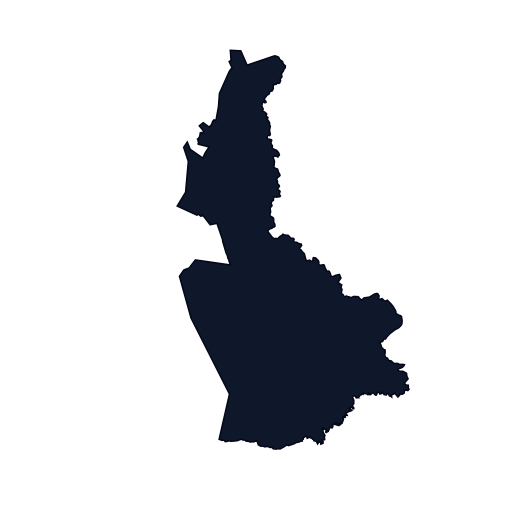 the district of Masinga, Eastern, Kenya, rotated 66°
{"feature_id": "3690345B51887825082332", "entity_name": "Masinga", "entity_type": "district", "adm_level": 2, "iso_a3": "KEN", "parent_name": "Kenya", "parent_adm1": "Eastern", "projection": "albers", "projection_center": [37.619, -0.95], "detail": "fine", "context": "isolated", "style": "filled", "palette": "ink", "viewbox_px": 512, "rotation_deg": 66, "n_neighbors": 0, "source": "geoboundaries", "source_scale": "gbopen_adm2", "svg_char_len": 6150}
<svg xmlns="http://www.w3.org/2000/svg" viewBox="0 0 512 512"><g transform="rotate(66 256 256)"><path d="M83.6,154.4L81.1,156.8L80.6,158.1L78.0,186.5L62.4,186.4L57.6,195.8L67.0,199.2L67.5,201.5L74.1,201.3L76.6,205.5L92.6,223.3L104.2,229.5L115.8,237.4L114.5,239.0L115.2,239.7L115.2,240.7L117.3,242.6L118.0,243.7L118.7,243.8L118.6,245.3L119.4,246.2L112.7,250.0L114.0,254.9L120.9,253.0L121.3,254.1L122.4,254.7L121.5,256.0L120.9,255.9L121.0,257.1L122.1,257.5L124.6,259.6L125.4,261.9L126.3,261.4L127.2,262.2L128.8,262.2L129.9,263.3L130.4,263.3L137.3,254.5L140.9,260.2L144.8,264.8L131.8,272.7L123.9,272.4L127.3,277.9L142.1,279.4L169.1,294.4L178.3,307.7L194.7,293.3L194.2,291.8L197.1,290.3L197.7,288.3L197.2,288.0L208.8,285.2L210.3,278.4L227.1,279.9L229.8,280.6L241.2,282.1L243.9,282.0L246.8,282.6L247.2,282.4L253.7,283.1L234.9,313.0L239.7,321.9L239.4,327.6L243.4,334.2L286.2,340.6L371.3,336.4L408.5,364.3L410.8,361.8L411.1,360.4L411.7,359.7L412.8,359.8L413.3,359.2L414.0,355.5L415.1,354.3L417.1,348.4L417.4,343.8L418.7,342.9L419.6,341.2L421.3,340.1L422.1,338.6L424.0,336.3L423.8,335.1L424.8,334.1L425.1,330.8L426.1,330.3L427.7,330.6L428.3,330.3L429.4,330.8L431.6,329.1L432.9,326.4L433.7,326.0L434.8,322.8L436.9,320.7L437.3,319.1L439.2,318.7L439.9,317.0L440.7,316.2L440.8,314.7L442.1,312.5L441.6,306.8L441.0,305.1L442.5,303.3L443.1,297.2L442.7,295.7L443.5,292.1L443.3,290.7L443.9,289.0L442.7,288.4L442.6,287.4L441.3,286.5L440.9,283.9L441.2,283.4L442.0,283.2L443.4,283.4L443.5,282.8L442.9,281.8L443.1,281.3L445.7,278.8L446.5,278.7L446.7,278.2L448.5,278.2L448.9,277.1L450.1,276.3L452.8,276.2L451.9,274.8L450.9,274.7L451.0,273.7L453.0,273.0L454.3,273.3L454.4,271.0L453.1,270.2L451.0,270.9L450.8,270.3L451.5,269.3L451.7,267.9L449.0,267.1L447.9,265.9L445.0,266.4L442.3,265.9L442.1,265.2L440.8,265.6L440.2,265.3L439.9,264.6L443.7,262.8L443.7,262.1L444.1,261.8L444.7,263.6L445.2,264.0L445.8,263.7L445.6,261.3L443.3,258.9L442.7,257.7L444.0,256.4L442.9,255.0L441.0,254.4L441.3,253.2L442.2,252.3L442.2,251.8L440.9,251.3L441.0,250.6L441.4,250.1L443.2,251.0L444.6,249.3L444.3,247.3L443.9,247.0L442.9,248.0L442.5,247.6L442.6,246.8L443.9,246.1L443.8,245.5L440.9,242.6L438.1,242.2L439.5,240.8L439.7,240.1L439.3,239.8L437.4,239.9L438.7,237.5L435.8,237.7L436.1,231.3L434.7,231.8L433.5,233.1L432.9,233.0L433.2,232.3L433.2,231.6L432.6,231.4L432.9,230.0L435.2,229.6L435.2,228.7L434.6,228.4L432.7,228.8L431.3,228.4L430.8,226.8L427.6,225.3L423.9,225.3L423.6,223.4L424.4,222.3L426.3,222.2L427.3,219.7L426.1,219.6L426.2,218.8L425.4,217.1L425.7,216.0L424.7,214.9L424.9,214.4L425.6,214.6L426.0,214.2L425.6,213.7L425.7,212.7L426.9,211.0L427.9,210.6L428.3,210.0L427.1,208.9L427.3,208.3L428.7,208.6L429.2,208.2L428.5,204.7L429.3,204.1L430.6,204.0L431.8,203.3L432.0,202.5L431.5,201.9L430.0,201.0L430.7,199.0L432.5,199.0L432.7,197.4L431.5,196.8L432.5,196.0L434.8,195.3L436.0,193.3L435.0,192.2L435.2,191.5L435.8,191.1L438.2,191.0L438.8,190.0L440.0,189.4L438.4,188.8L438.0,188.3L438.2,186.4L437.4,185.7L437.7,185.1L442.6,183.7L441.5,181.3L440.8,181.1L440.6,180.6L441.8,178.7L441.5,176.4L439.2,175.0L439.8,173.2L440.7,172.0L440.1,170.5L437.9,170.3L436.0,169.4L435.2,171.0L433.7,172.0L432.8,171.9L431.9,171.0L430.1,167.0L427.4,167.1L424.3,166.2L421.0,168.7L420.0,171.1L418.9,172.4L417.5,172.8L417.1,171.6L417.3,167.9L416.8,166.1L415.7,164.6L414.8,165.7L413.5,168.9L411.8,170.2L410.2,173.7L406.9,175.1L405.1,177.4L402.8,177.4L401.5,178.7L400.0,178.9L398.6,178.6L397.2,177.5L394.5,176.3L394.1,176.4L393.0,177.7L392.0,177.7L390.9,178.4L387.5,178.0L386.5,178.3L385.7,177.7L385.3,174.7L383.9,172.8L384.5,171.5L383.0,169.1L381.5,165.6L379.9,159.0L379.7,155.3L378.5,151.8L377.2,150.2L374.3,148.7L370.5,147.7L369.3,148.2L367.7,150.0L365.4,151.4L363.4,150.8L362.0,150.8L358.3,151.2L354.7,152.1L349.8,154.0L349.8,156.7L346.1,158.2L346.2,159.9L344.7,161.5L342.7,159.8L340.3,160.0L339.4,160.7L338.9,163.2L339.7,169.0L338.2,174.3L339.2,177.2L336.9,178.7L335.5,178.8L334.6,179.4L332.7,183.1L332.7,186.4L331.3,187.3L330.4,188.8L329.4,189.5L329.2,191.5L328.6,192.1L326.9,192.1L325.5,192.9L323.9,192.8L321.8,191.1L319.0,191.0L317.4,189.4L313.8,191.6L313.1,191.4L310.7,187.3L306.8,187.3L306.0,191.1L306.1,194.3L305.2,195.3L304.1,195.6L302.2,195.2L299.9,195.3L299.2,195.9L298.7,197.3L298.1,197.5L295.1,197.7L292.1,197.4L291.4,197.8L290.6,200.9L289.6,202.1L288.7,202.0L287.5,201.1L285.8,200.9L282.1,202.2L280.8,204.2L281.1,204.7L282.9,205.7L283.6,207.1L283.0,207.9L281.6,208.6L281.1,211.6L280.6,211.9L277.6,211.6L273.6,210.9L270.6,212.1L268.9,212.3L267.4,213.3L266.7,213.2L265.0,210.0L263.5,209.8L261.9,212.0L260.2,213.0L258.9,215.3L257.5,215.6L256.2,214.3L255.0,214.7L253.9,216.9L250.2,218.2L248.6,221.1L247.0,222.6L247.6,223.7L247.8,226.0L249.0,229.1L247.9,230.9L247.5,232.4L245.6,233.5L239.1,235.1L238.3,235.1L237.3,234.0L236.8,232.2L237.2,230.3L236.7,228.9L236.9,227.7L236.5,226.5L234.7,225.9L232.2,226.0L228.9,224.6L227.7,224.9L225.2,226.7L224.3,226.8L221.7,224.7L217.9,223.6L216.6,220.9L214.5,220.7L213.2,220.1L212.6,219.5L212.2,217.4L210.3,216.5L209.6,215.5L209.8,214.5L210.6,213.4L211.5,210.1L211.1,209.3L208.9,209.6L207.0,207.8L205.6,207.9L205.0,208.7L203.7,209.1L201.8,206.2L201.1,206.1L198.5,206.9L196.3,205.9L194.6,206.1L193.2,204.6L192.6,202.0L192.0,201.2L190.0,201.1L189.0,201.4L185.4,200.9L183.4,202.9L182.1,203.5L177.1,200.6L173.4,200.3L172.5,199.6L172.2,198.5L173.2,196.8L174.5,195.8L173.2,193.5L170.9,193.3L167.8,194.2L165.0,196.8L163.8,197.2L162.1,196.2L159.6,196.5L158.0,196.0L156.7,194.5L156.0,194.7L153.8,197.6L153.0,197.9L151.5,197.1L150.8,196.2L150.7,195.5L151.5,194.6L150.9,193.5L146.8,192.6L143.2,190.1L141.7,190.2L139.8,189.4L137.0,189.7L135.0,190.6L134.7,188.9L133.9,188.8L132.9,189.8L132.2,189.9L130.9,188.6L130.2,188.5L127.9,189.6L126.4,191.2L124.7,189.6L121.9,189.7L120.3,189.1L118.2,187.2L118.6,186.2L119.7,185.6L119.7,184.3L118.6,184.1L116.0,184.9L113.7,180.7L113.3,178.1L111.3,176.2L111.8,174.1L110.1,172.1L106.8,170.8L107.3,167.6L106.6,166.4L107.6,165.0L107.5,163.9L105.8,162.2L104.3,162.0L102.9,159.4L100.5,158.9L99.6,158.2L98.1,155.7L96.7,154.4L96.1,152.9L94.3,151.8L91.8,152.9L89.1,152.7L86.1,154.4L83.6,154.4Z" fill="#0f172a" stroke="#020617" stroke-width="1.5"/></g></svg>